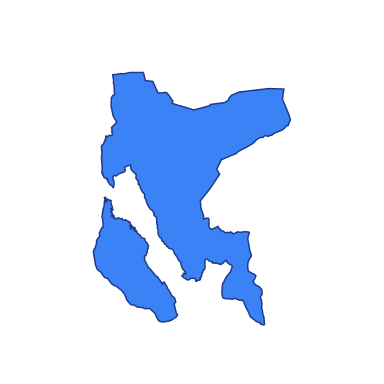 outline of Dyrøy nor, Troms, Norway, rotated 294°
{"feature_id": "86288312B15388933867653", "entity_name": "Dyrøy nor", "entity_type": "district", "adm_level": 2, "iso_a3": "NOR", "parent_name": "Norway", "parent_adm1": "Troms", "projection": "orthographic", "projection_center": [17.654, 69.021], "detail": "fine", "context": "isolated", "style": "filled", "palette": "blue", "viewbox_px": 384, "rotation_deg": 294, "n_neighbors": 0, "source": "geoboundaries", "source_scale": "gbopen_adm2", "svg_char_len": 6054}
<svg xmlns="http://www.w3.org/2000/svg" viewBox="0 0 384 384"><g transform="rotate(294 192 192)"><path d="M323.4,234.0L317.5,219.7L302.5,194.4L296.4,188.7L292.6,187.6L291.2,188.0L290.9,187.9L286.9,185.4L279.4,173.1L278.3,173.3L273.4,167.5L267.7,160.2L266.0,146.8L265.7,145.4L264.9,137.5L267.2,137.6L270.3,132.6L272.2,129.1L272.3,128.3L272.1,127.0L269.8,123.5L269.3,121.9L268.6,121.3L268.5,121.0L272.0,116.8L277.1,111.2L274.8,104.1L277.5,102.1L277.7,101.7L280.1,100.1L281.3,98.7L276.1,87.0L272.2,81.5L271.3,78.9L268.3,74.6L267.3,72.4L266.8,71.8L262.3,74.9L260.0,75.7L256.9,77.9L252.4,80.0L249.9,81.6L247.7,80.3L245.2,80.1L237.5,83.2L229.5,89.0L227.2,91.9L225.5,94.7L223.2,94.2L218.3,92.3L215.5,94.1L214.3,94.1L213.1,95.7L211.3,95.7L210.7,95.1L209.9,93.1L208.8,92.8L208.3,91.9L208.1,90.6L207.3,90.7L206.7,91.7L206.0,91.1L205.2,91.2L203.9,92.2L203.3,91.4L199.6,91.6L197.6,90.5L194.7,91.7L190.4,94.3L188.1,94.7L186.1,95.5L180.6,98.6L176.5,100.6L172.9,101.8L171.8,103.0L172.4,103.1L171.2,104.0L169.5,105.8L169.5,107.9L169.0,108.6L169.8,109.2L167.4,111.0L165.5,113.9L165.2,114.9L165.0,116.6L164.2,117.6L164.1,118.4L166.6,117.9L169.9,116.4L171.1,115.5L171.7,114.2L173.5,113.7L173.7,113.4L175.5,113.9L175.4,115.1L176.2,116.5L178.8,117.6L182.9,122.1L184.9,122.2L186.7,120.6L187.4,120.6L190.0,122.9L191.2,124.7L191.6,125.0L188.7,126.4L187.3,128.3L186.3,130.7L185.8,132.6L184.9,134.2L182.0,135.0L181.3,135.9L180.9,136.7L180.7,137.9L179.7,138.1L179.3,139.1L177.5,139.6L177.5,140.0L177.1,140.1L177.1,141.2L174.0,143.9L172.1,146.5L170.4,149.9L167.9,150.7L166.0,153.2L163.8,155.0L160.9,158.4L159.2,161.4L159.1,163.1L158.3,164.6L157.7,164.9L157.3,165.8L155.6,166.5L154.9,167.4L154.8,168.7L154.3,169.9L148.3,173.0L147.6,174.0L145.1,174.9L143.1,176.8L140.8,177.5L138.5,179.5L137.3,181.6L137.3,182.6L135.0,184.6L135.0,186.8L133.6,187.6L133.1,189.9L132.1,191.2L131.8,192.8L131.3,193.5L131.3,195.1L131.8,196.0L131.7,197.8L130.3,199.7L129.1,200.5L127.9,202.2L126.7,204.6L124.7,206.9L124.1,207.8L123.4,209.9L119.6,212.9L118.1,214.6L115.9,219.0L114.4,219.6L114.7,218.2L114.1,217.2L113.3,218.1L111.3,216.8L110.3,219.5L109.8,223.5L110.8,225.2L112.5,225.7L114.1,228.9L113.6,231.0L112.2,231.4L112.2,232.6L113.2,232.6L114.7,234.9L116.0,235.2L116.6,234.3L117.3,234.5L117.8,235.0L118.3,234.7L120.3,234.7L122.2,233.9L122.7,234.5L124.9,234.2L125.1,234.5L126.1,234.4L126.5,235.0L129.5,234.2L131.2,233.1L135.5,231.5L136.6,232.4L136.7,233.8L136.2,234.9L136.0,236.4L136.4,238.6L135.3,239.9L136.5,240.6L136.2,242.1L136.9,242.7L137.4,247.7L139.5,249.2L143.2,250.6L143.5,251.5L142.2,252.4L141.7,254.0L141.2,255.7L141.4,257.3L140.7,259.0L135.1,259.6L132.3,259.0L130.0,258.2L126.8,257.7L123.8,257.7L120.7,257.3L118.4,257.9L112.2,260.3L109.6,261.8L108.0,263.2L107.9,264.5L108.6,267.1L110.1,270.6L110.3,272.1L112.3,274.6L112.4,279.1L113.6,282.4L112.6,284.0L108.4,288.4L105.7,291.9L101.8,296.0L100.0,303.2L100.0,307.7L99.2,308.4L99.4,310.5L100.3,312.2L106.9,308.6L108.7,306.8L113.0,304.0L113.4,303.2L118.7,301.2L119.3,300.5L121.4,299.5L123.0,297.8L123.8,297.2L124.5,297.1L126.0,297.6L127.7,297.4L131.1,295.5L132.7,292.5L132.9,290.3L132.9,288.7L133.4,286.8L134.8,284.6L135.5,284.1L137.9,284.6L141.2,284.5L141.8,283.9L142.1,282.4L142.2,278.6L142.5,276.5L142.8,275.6L143.6,274.9L146.4,273.3L149.1,272.2L151.7,271.6L157.8,272.2L159.9,270.7L161.4,269.1L172.1,261.8L178.4,260.8L178.3,259.6L177.3,256.5L175.4,253.6L174.8,252.3L174.3,250.7L174.3,250.0L171.9,248.1L170.4,246.4L170.6,245.6L171.3,244.8L171.3,244.3L171.1,243.3L169.9,242.6L169.7,241.9L169.7,240.9L169.0,240.4L168.4,239.1L168.6,237.6L169.0,236.5L168.6,234.4L169.5,233.0L169.7,231.9L171.2,229.6L169.5,228.5L166.7,226.0L166.0,224.9L166.0,223.4L166.9,222.0L167.9,221.1L169.8,220.7L172.5,219.1L174.2,218.5L174.7,217.8L174.4,216.7L173.9,215.8L172.0,213.6L175.1,212.2L180.5,207.1L181.7,206.3L187.3,203.2L202.4,207.1L219.5,210.0L222.9,205.3L233.5,205.7L245.6,217.1L247.5,217.5L251.6,220.6L254.2,222.9L260.7,227.6L267.2,230.3L269.6,232.4L270.1,233.2L270.7,234.7L272.0,234.8L273.7,236.8L273.9,237.9L273.5,238.4L274.9,240.0L275.6,240.2L276.2,241.2L276.2,241.8L277.5,242.2L280.6,244.4L281.0,245.4L282.4,246.0L283.0,247.1L286.0,249.6L288.9,250.9L290.1,251.0L291.1,251.6L291.6,252.7L298.1,252.5L302.0,249.1L313.5,236.9L323.4,234.0ZM148.2,117.2L149.5,116.9L150.0,116.2L151.1,116.2L151.9,114.9L151.2,114.3L150.2,115.4L147.3,116.0L143.2,117.5L140.3,117.7L132.3,120.0L130.9,121.5L124.0,125.1L122.7,124.2L116.6,124.0L114.8,125.6L109.1,124.5L106.1,125.7L101.1,126.3L99.1,125.8L96.7,126.5L89.9,131.1L86.2,133.4L83.2,136.5L82.4,138.0L81.7,141.3L80.1,143.8L78.4,146.9L78.7,150.1L75.4,156.0L75.0,158.3L75.0,161.5L73.6,167.5L71.1,172.0L66.8,176.5L64.6,180.8L64.3,182.9L65.0,184.4L65.1,186.0L64.6,188.3L66.3,194.3L66.2,196.4L68.4,200.6L66.1,207.4L61.7,212.4L60.6,214.6L61.2,217.8L62.6,220.3L64.8,223.6L67.4,226.0L69.4,227.0L71.6,228.6L74.0,228.8L75.2,226.8L81.6,221.8L83.4,221.3L84.6,222.0L87.2,220.1L88.4,218.5L89.0,215.6L90.1,214.7L93.1,210.5L94.1,208.4L95.2,207.8L98.4,203.2L97.3,202.0L96.2,202.8L95.8,202.2L97.7,199.6L100.6,194.7L100.3,193.9L105.0,184.3L105.2,183.0L111.1,175.9L112.7,175.7L114.1,174.4L115.3,175.7L119.0,175.5L120.5,174.7L122.8,174.9L123.4,174.3L125.1,174.2L127.0,171.9L127.3,170.9L128.7,168.6L130.2,167.8L129.9,165.9L130.1,163.7L131.7,161.8L131.7,160.0L132.7,158.0L134.0,157.2L134.1,156.5L133.2,156.6L133.1,155.4L133.8,154.6L133.8,155.4L136.2,154.4L135.9,153.2L134.7,153.4L134.6,152.9L136.3,151.5L137.1,149.9L133.4,151.1L133.5,150.6L135.7,149.3L138.9,148.1L139.3,147.2L138.8,146.7L139.4,145.5L139.3,144.0L139.7,142.6L138.8,141.9L138.5,140.5L138.6,139.5L138.7,139.2L139.2,139.0L138.7,138.7L138.9,138.1L139.1,138.1L138.7,138.0L138.5,137.6L138.6,136.5L138.4,135.1L136.2,133.3L136.2,131.9L136.9,132.0L136.9,130.4L138.4,130.6L138.4,129.6L137.3,128.8L137.5,128.1L139.2,128.9L139.9,127.6L141.3,126.9L140.8,126.0L143.7,124.6L144.0,125.4L143.1,126.5L143.7,127.1L144.2,125.8L145.1,125.8L149.8,121.8L151.2,121.7L151.2,121.2L151.3,121.0L150.8,119.4L151.2,117.9L150.0,117.5L148.4,118.1L148.2,117.2Z" fill="#3b82f6" stroke="#1e3a8a" stroke-width="1.5"/></g></svg>